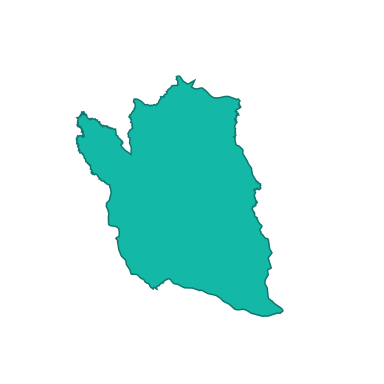 outline of Nong Phok, Roi Et, Thailand, rotated 118°
{"feature_id": "78962969B43863364704456", "entity_name": "Nong Phok", "entity_type": "district", "adm_level": 2, "iso_a3": "THA", "parent_name": "Thailand", "parent_adm1": "Roi Et", "projection": "robinson", "projection_center": [104.197, 16.31], "detail": "fine", "context": "isolated", "style": "filled", "palette": "teal", "viewbox_px": 384, "rotation_deg": 118, "n_neighbors": 0, "source": "geoboundaries", "source_scale": "gbopen_adm2", "svg_char_len": 6096}
<svg xmlns="http://www.w3.org/2000/svg" viewBox="0 0 384 384"><g transform="rotate(118 192 192)"><path d="M241.7,262.2L244.9,261.0L247.1,258.0L250.3,255.2L253.8,253.9L259.7,250.4L260.1,248.4L258.5,244.3L258.2,241.7L258.7,239.5L261.6,237.3L265.1,235.7L266.5,236.0L267.4,237.2L268.8,237.3L269.7,234.5L271.0,234.3L277.4,229.4L281.7,224.3L283.5,218.3L286.8,215.9L289.8,210.4L292.9,207.3L292.9,206.6L290.9,202.8L290.7,201.4L292.3,196.3L291.9,195.2L292.1,193.2L293.5,190.9L293.6,188.7L293.1,187.2L295.3,184.3L295.9,180.8L294.5,181.0L293.6,180.0L294.3,179.0L294.2,177.4L293.5,178.3L291.7,178.5L290.6,177.9L290.3,177.2L287.3,176.7L287.2,176.0L286.3,175.8L285.6,174.7L285.2,175.3L284.5,175.1L281.5,173.7L281.3,173.1L279.9,172.5L279.5,171.6L279.4,169.6L280.3,168.4L281.3,165.3L281.0,163.5L280.2,161.5L280.2,154.5L279.9,153.2L276.6,146.6L275.4,138.9L274.2,137.4L274.2,130.3L272.0,122.2L272.5,117.0L273.8,112.9L273.6,106.6L275.3,99.7L275.2,98.2L274.3,95.8L271.3,91.4L270.8,87.9L271.2,82.7L268.6,71.5L265.6,66.3L259.1,60.1L257.6,57.2L254.5,55.9L253.7,56.4L252.7,58.7L251.8,66.9L250.8,69.6L250.3,73.8L248.7,75.7L241.3,80.6L238.8,84.6L235.2,86.1L229.3,85.8L226.3,88.1L224.7,88.6L222.7,86.7L221.8,86.4L214.5,93.8L208.2,92.8L205.9,96.6L198.4,102.1L197.7,103.3L198.5,105.8L196.8,109.2L196.4,110.5L196.6,111.1L194.9,112.5L193.5,114.6L189.9,114.0L188.8,114.7L188.4,116.9L187.0,119.6L184.9,122.3L184.3,122.2L184.0,123.5L184.4,124.3L184.0,125.2L181.3,126.8L181.4,127.5L180.8,127.5L180.0,128.8L180.1,129.8L178.6,130.6L178.5,131.2L176.7,131.1L176.3,131.5L175.7,130.9L175.7,130.3L173.7,129.4L173.1,130.2L172.1,130.3L171.9,129.7L170.9,129.6L170.6,130.3L170.3,129.8L169.7,130.6L169.7,131.6L167.5,133.5L167.0,134.8L166.1,134.8L165.4,135.6L162.6,135.7L162.1,137.0L161.1,137.2L161.0,138.1L160.5,138.3L160.1,138.2L160.1,136.7L158.2,136.4L158.7,135.9L158.4,135.3L158.7,134.9L158.5,134.2L158.0,134.0L158.1,133.5L156.3,133.1L155.2,134.4L154.0,134.4L153.6,135.1L152.8,135.2L152.7,136.6L153.3,137.3L152.2,138.3L152.6,139.4L152.2,139.2L151.9,140.7L148.3,146.8L142.9,150.9L140.8,155.2L138.3,158.4L134.1,165.4L131.3,166.5L130.5,167.7L129.4,171.7L129.7,175.2L125.7,178.8L124.1,179.1L123.6,181.0L122.7,180.0L121.6,179.9L120.7,180.5L119.8,182.0L118.6,181.7L117.6,182.7L115.6,183.3L115.2,184.4L113.9,185.1L111.8,185.5L109.4,185.0L108.8,186.0L109.2,186.4L109.0,186.9L107.7,186.7L108.2,187.7L107.5,188.6L106.4,187.8L104.9,187.9L104.2,188.7L103.3,188.0L103.0,188.5L102.0,186.9L100.8,188.2L101.2,188.9L100.5,191.3L99.9,190.4L99.5,191.2L98.5,191.4L95.8,189.4L94.4,190.2L94.6,189.1L94.2,188.8L92.8,190.9L92.6,191.9L91.9,191.8L91.0,192.7L89.1,192.4L88.1,194.8L89.6,196.4L89.4,197.2L90.6,205.0L92.4,208.0L96.1,212.3L97.9,215.3L98.6,217.7L98.3,220.8L96.0,227.5L95.4,231.3L95.5,232.3L99.0,236.5L99.6,238.6L99.5,241.7L92.2,242.1L98.7,246.2L98.3,251.7L95.6,257.0L96.0,258.5L97.6,259.9L99.1,258.3L99.8,258.8L100.7,256.6L104.5,254.7L107.5,259.6L109.4,259.6L113.0,261.2L114.5,261.1L115.4,261.8L115.9,260.8L116.9,260.6L117.6,260.7L118.6,261.9L120.9,262.0L121.0,261.3L121.7,261.8L122.2,264.0L122.8,264.4L124.2,263.4L125.9,263.9L129.2,263.5L130.6,264.3L130.8,264.0L131.6,264.1L132.3,264.8L132.4,266.2L134.5,267.9L134.6,269.0L135.6,269.6L135.7,272.3L137.1,274.5L135.8,278.8L135.6,283.5L136.8,286.3L137.3,286.7L137.5,286.0L139.4,286.3L140.3,285.4L140.5,283.8L142.7,282.5L144.9,281.9L145.5,282.3L146.0,281.7L147.8,281.6L147.9,282.1L148.4,282.2L152.4,282.4L152.7,282.9L155.1,283.0L155.6,282.2L155.0,281.4L155.5,280.5L156.4,280.6L156.5,279.6L158.1,278.9L159.2,278.9L159.3,277.8L160.4,276.2L161.4,276.4L162.4,275.2L163.3,275.0L163.5,274.3L166.6,275.9L170.6,276.0L170.9,275.2L173.2,274.1L173.7,271.9L178.0,270.2L181.1,266.5L187.5,263.5L186.5,271.0L184.9,275.6L183.6,277.1L182.9,276.9L182.6,276.2L181.2,276.1L180.2,277.0L180.5,277.7L180.0,277.7L180.2,278.1L179.1,279.7L178.8,282.6L177.5,283.8L177.3,285.7L172.4,289.0L172.5,289.6L173.5,290.3L173.1,292.2L174.1,293.3L174.1,293.7L173.6,293.7L173.7,295.2L174.2,295.4L174.1,295.9L174.5,296.1L174.0,296.5L174.5,297.2L173.8,297.4L173.5,298.1L174.7,299.4L174.4,300.0L175.0,300.4L174.9,301.2L176.1,301.5L175.2,302.0L175.8,302.9L175.2,303.5L175.1,304.3L175.5,304.5L174.8,305.1L174.4,306.5L173.6,306.3L173.5,307.1L174.0,307.3L173.8,308.8L172.9,309.5L173.5,310.9L173.5,311.8L173.1,311.9L173.7,312.5L173.8,314.4L174.5,314.7L174.5,315.4L175.0,315.0L175.6,315.4L176.1,316.4L175.5,316.7L175.9,317.8L175.0,320.4L173.9,320.8L173.5,321.4L174.1,321.5L174.1,322.6L173.7,322.8L174.1,323.1L173.7,323.2L173.8,323.8L173.2,323.8L173.3,324.3L172.5,324.4L172.5,325.2L172.1,325.1L172.1,325.5L172.9,325.9L173.0,326.9L174.3,326.6L174.2,325.7L174.6,325.1L175.2,325.4L174.7,326.0L175.7,326.3L175.6,325.8L176.1,326.3L176.5,325.7L176.4,326.6L177.0,326.6L177.2,325.9L177.9,326.0L178.1,326.7L179.2,326.8L180.1,328.1L180.2,327.4L180.7,327.6L180.7,327.1L181.5,326.6L183.0,326.4L183.9,325.1L184.7,325.6L185.4,324.3L186.8,325.0L187.8,323.3L187.2,323.0L187.4,322.3L186.9,322.5L187.4,321.4L186.8,321.1L187.2,320.9L187.1,320.2L188.2,319.8L188.3,319.2L187.9,319.3L188.1,318.5L190.3,317.9L189.5,317.4L190.4,317.2L190.0,316.7L190.3,316.0L191.1,316.3L191.2,315.6L192.5,315.5L192.4,314.7L193.0,314.8L192.8,314.0L193.5,313.5L193.7,314.0L194.3,313.6L194.9,314.2L194.3,315.2L194.4,316.6L195.1,317.8L195.8,317.9L196.1,319.2L196.9,318.5L197.8,319.3L198.8,318.6L199.3,319.0L199.9,318.1L200.4,318.3L200.6,317.2L201.6,317.3L203.5,316.5L202.6,315.3L203.0,315.6L203.1,314.8L204.1,314.8L204.3,313.8L205.5,314.3L205.9,313.3L207.1,312.1L208.4,311.8L207.8,311.1L208.4,310.3L209.0,310.6L210.1,309.3L209.2,307.0L210.1,306.3L210.1,305.7L211.2,304.1L212.6,303.0L212.8,301.7L215.0,300.0L215.0,297.8L215.7,297.8L216.0,295.0L216.4,295.4L216.6,294.8L216.0,294.2L219.7,292.2L219.3,291.4L220.5,290.2L221.3,290.5L222.3,289.8L221.8,289.5L222.6,289.1L222.1,288.5L222.6,288.6L223.0,287.8L222.2,287.0L222.5,286.8L222.5,286.0L221.3,285.4L221.2,284.3L223.3,280.5L224.1,280.1L223.6,278.9L224.6,277.4L223.8,274.5L224.6,273.6L224.3,272.3L224.8,271.4L224.9,270.0L224.5,267.7L226.3,266.9L227.2,265.6L230.5,263.0L238.4,261.1L241.7,262.2Z" fill="#14b8a6" stroke="#0f766e" stroke-width="1.5"/></g></svg>